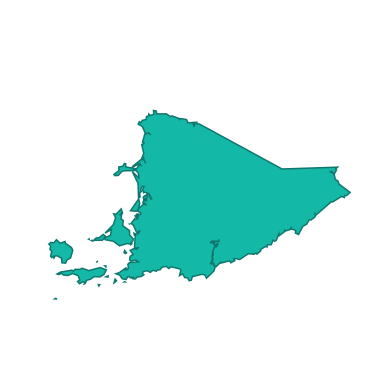 Circular Head, Tasmania, Australia (Equal Earth projection), rotated 259°
{"feature_id": "25037944B64479708811178", "entity_name": "Circular Head", "entity_type": "district", "adm_level": 2, "iso_a3": "AUS", "parent_name": "Australia", "parent_adm1": "Tasmania", "projection": "equal_earth", "projection_center": [144.855, -41.02], "detail": "fine", "context": "isolated", "style": "filled", "palette": "teal", "viewbox_px": 384, "rotation_deg": 259, "n_neighbors": 0, "source": "geoboundaries", "source_scale": "gbopen_adm2", "svg_char_len": 6011}
<svg xmlns="http://www.w3.org/2000/svg" viewBox="0 0 384 384"><g transform="rotate(259 192 192)"><path d="M275.2,165.3L276.7,164.5L275.1,163.9L274.7,161.7L271.9,160.8L271.8,157.0L269.7,155.0L271.0,153.7L268.9,152.1L265.8,155.7L258.2,157.5L258.3,160.7L256.0,162.4L258.1,160.4L258.0,156.8L250.3,152.9L248.7,154.9L249.3,153.5L247.7,152.6L248.1,151.7L239.3,152.0L234.1,148.8L235.2,151.7L233.4,150.0L233.1,151.0L229.0,152.0L232.7,150.9L233.6,148.2L228.8,139.2L227.7,138.2L230.1,146.2L227.8,146.9L228.5,144.7L225.6,142.4L225.1,139.2L226.0,140.0L229.3,131.7L232.4,132.3L232.9,131.1L230.4,128.9L230.6,125.0L226.9,124.3L224.1,118.7L222.7,119.5L222.4,122.9L225.6,127.0L225.7,129.7L223.8,141.1L220.6,143.0L216.0,142.4L223.4,137.3L210.8,140.7L196.6,138.4L197.1,140.1L200.9,140.4L202.2,142.4L204.3,142.1L207.0,144.3L206.4,145.9L203.6,144.0L200.5,144.4L200.8,145.8L198.3,149.6L193.1,151.2L193.0,150.2L198.7,149.0L198.1,146.7L197.8,146.6L197.2,147.3L196.8,147.3L197.4,145.0L196.3,143.2L194.1,143.2L194.7,146.1L193.5,144.9L193.1,145.8L192.6,145.3L192.4,145.7L192.1,145.6L192.9,142.9L190.6,141.7L190.1,143.4L189.5,143.9L189.2,144.0L188.9,143.9L188.9,144.1L188.7,144.3L188.4,144.4L189.2,142.0L186.1,136.6L183.5,135.1L181.5,137.7L179.8,137.2L180.7,134.5L179.3,134.8L180.8,132.7L177.8,134.6L179.4,131.7L178.3,131.8L176.5,133.8L175.8,131.6L176.7,130.7L172.7,126.2L170.5,128.2L163.2,129.8L162.3,131.4L163.6,132.0L163.9,132.8L163.4,133.8L163.5,132.0L162.5,132.4L161.0,130.6L161.5,129.1L159.5,127.9L148.8,125.0L147.2,126.2L147.8,127.8L147.6,128.5L146.4,126.9L147.5,124.2L146.5,120.2L141.8,122.3L140.7,119.0L137.2,117.8L135.9,118.9L136.1,122.7L135.2,124.7L133.6,126.2L134.6,117.2L133.3,115.2L129.5,115.1L128.2,113.4L128.5,111.5L130.4,113.2L126.7,105.2L126.3,101.7L124.1,105.2L120.1,107.0L118.7,110.7L120.9,112.5L120.9,114.4L119.5,115.1L119.7,116.5L118.5,116.9L119.3,118.2L117.8,118.3L117.5,119.8L119.0,122.0L118.7,125.7L119.9,129.0L121.5,127.8L123.1,128.9L123.3,132.9L121.1,135.7L122.6,138.7L121.0,141.9L122.1,143.1L121.7,145.8L123.9,148.3L123.9,152.5L121.3,154.7L122.6,157.0L119.0,165.1L117.3,166.1L112.3,163.8L113.5,167.1L109.3,168.6L108.7,171.2L105.4,172.3L105.5,174.4L108.9,176.3L109.3,186.2L108.0,188.9L104.6,189.8L110.4,198.6L114.2,200.5L116.2,199.2L117.9,199.6L117.7,197.3L118.1,196.7L118.6,196.7L119.1,196.9L120.8,199.2L121.7,198.7L124.4,199.8L125.3,199.3L125.9,200.6L127.1,200.1L129.9,201.0L134.4,204.1L134.4,204.5L133.8,205.0L134.8,205.5L135.1,204.4L136.6,203.4L138.2,204.1L138.0,202.5L138.3,202.0L138.9,201.8L138.5,200.9L138.7,200.6L139.2,200.7L139.7,201.5L140.0,203.0L139.5,203.6L139.0,206.9L138.2,208.4L138.6,208.9L138.8,208.6L139.1,208.6L139.6,208.9L139.7,209.1L138.5,209.0L138.1,208.5L139.4,203.7L140.0,203.0L139.0,200.7L138.9,201.9L138.1,202.4L138.3,204.2L135.2,204.5L134.6,206.4L135.5,207.0L136.0,206.4L136.3,206.5L136.4,206.8L136.3,207.1L135.8,207.6L135.3,207.9L136.2,206.5L135.6,207.0L134.7,206.6L133.6,205.1L134.3,204.1L130.0,201.2L126.1,200.8L125.1,199.5L124.3,199.9L120.7,199.3L118.6,196.9L118.1,199.7L116.3,199.5L114.1,201.4L117.6,206.8L116.7,206.9L117.3,215.7L115.1,216.6L116.4,220.9L118.0,221.0L118.1,220.7L118.3,220.6L118.4,219.6L118.5,219.4L118.3,222.6L116.6,225.8L120.7,235.6L119.0,241.1L119.9,243.1L118.6,243.9L121.1,248.2L122.7,248.7L124.5,254.1L123.7,255.2L125.7,255.9L125.2,259.8L129.3,262.3L127.9,263.8L128.6,265.6L134.5,269.4L132.5,269.3L135.8,276.1L136.3,275.5L136.7,275.5L136.8,275.6L135.9,276.3L136.6,282.6L136.8,282.1L137.2,281.8L137.7,281.9L138.0,282.2L136.8,282.1L135.5,285.1L134.0,286.4L131.9,285.7L130.0,288.5L137.2,294.3L138.5,298.4L142.3,301.8L141.9,303.6L143.7,307.4L145.7,309.1L146.4,308.5L147.1,308.5L145.7,309.3L155.9,327.0L155.4,328.2L159.1,337.9L157.5,340.5L159.3,341.1L159.0,343.0L161.4,347.1L171.7,337.9L175.0,337.3L177.1,335.0L182.5,335.0L184.7,332.5L184.9,332.4L185.5,332.9L185.0,332.2L185.2,331.7L185.4,331.4L185.5,331.4L185.6,333.0L182.6,335.1L185.9,338.0L187.3,337.5L188.6,339.6L197.4,284.8L257.4,212.1L257.7,210.0L259.5,210.2L260.0,206.8L258.0,207.9L256.2,206.6L260.0,205.8L260.8,201.3L264.2,200.4L266.2,195.1L265.6,193.3L266.6,193.4L270.5,186.9L270.2,185.1L273.6,181.8L275.4,172.1L278.2,172.5L279.4,169.8L275.4,169.2L275.2,165.3ZM153.8,118.3L152.6,121.7L152.8,121.6L153.1,121.7L154.9,124.3L157.0,125.5L161.7,122.6L166.0,123.3L172.2,117.6L177.2,119.1L179.0,117.3L182.4,118.3L183.5,117.1L183.6,118.9L185.8,118.7L184.0,119.9L188.9,119.2L184.5,113.1L185.5,111.0L181.3,112.1L174.9,108.5L168.2,98.8L170.6,105.8L165.0,103.7L163.5,97.1L161.7,97.7L158.7,105.4L153.0,110.6L153.8,118.3ZM137.3,43.8L136.4,45.1L136.9,48.5L135.1,49.8L133.7,54.2L134.8,59.2L131.7,64.2L127.1,65.1L126.0,62.6L123.4,64.0L124.8,67.8L123.2,70.1L125.5,71.8L125.7,75.7L127.6,79.7L126.2,85.6L128.0,90.0L132.0,93.1L135.4,87.2L134.5,75.7L138.2,69.4L137.4,67.4L138.4,62.6L137.0,60.5L138.2,59.1L138.5,47.8L137.3,43.8ZM146.3,54.3L149.1,56.2L150.4,60.2L157.5,63.8L160.5,63.1L165.9,57.9L167.6,58.0L166.9,52.9L171.0,49.8L168.4,46.6L169.5,43.9L168.2,41.5L166.1,43.0L162.9,41.6L160.7,43.0L155.8,40.9L154.3,41.9L155.3,43.5L153.5,43.9L155.5,45.6L154.8,47.9L151.8,51.3L147.3,50.8L146.3,54.3ZM185.3,128.1L183.8,133.6L184.9,135.7L190.6,138.5L195.5,138.4L185.3,128.1ZM163.3,86.3L161.8,94.8L164.9,98.7L167.3,96.8L164.8,91.9L165.2,89.1L163.3,86.3ZM145.5,113.7L144.3,115.0L144.8,116.1L147.4,114.8L145.5,113.7ZM117.7,98.1L119.2,101.0L121.2,99.9L117.7,98.1ZM162.6,127.2L160.6,127.1L159.9,127.7L161.7,128.2L162.6,127.2ZM125.2,91.4L124.5,93.3L125.7,93.7L125.2,91.4ZM135.0,93.2L135.8,93.5L136.1,92.4L135.0,93.2ZM118.6,83.7L119.0,82.4L117.5,82.7L118.6,83.7ZM113.3,36.9L112.7,39.1L113.6,37.8L113.3,36.9ZM152.6,123.1L153.2,122.8L152.3,122.3L152.6,123.1ZM163.5,84.0L163.0,84.8L163.7,84.6L163.5,84.0ZM152.6,121.9L153.8,122.8L153.1,121.7L152.6,121.9ZM165.2,82.0L165.6,82.0L165.4,81.6L165.2,82.0ZM122.4,68.8L122.5,69.5L123.1,69.4L122.4,68.8ZM116.7,108.6L116.6,109.1L116.8,108.9L116.7,108.6ZM172.6,124.2L172.3,123.8L172.5,124.3L172.6,124.2ZM142.0,85.7L141.7,85.5L141.9,86.5L142.0,85.7Z" fill="#14b8a6" stroke="#0f766e" stroke-width="1.5"/></g></svg>